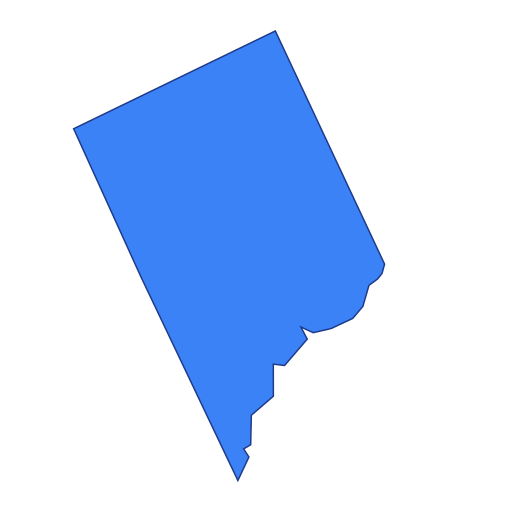 Benton, Minnesota, United States of America, rotated 245°
{"feature_id": "52423323B9993996344570", "entity_name": "Benton", "entity_type": "district", "adm_level": 2, "iso_a3": "USA", "parent_name": "United States of America", "parent_adm1": "Minnesota", "projection": "equal_earth", "projection_center": [-94.148, 45.692], "detail": "fine", "context": "isolated", "style": "filled", "palette": "blue", "viewbox_px": 512, "rotation_deg": 245, "n_neighbors": 0, "source": "geoboundaries", "source_scale": "gbopen_adm2", "svg_char_len": 443}
<svg xmlns="http://www.w3.org/2000/svg" viewBox="0 0 512 512"><g transform="rotate(245 256 256)"><path d="M448.4,144.5L286.0,142.9L60.2,144.7L76.8,164.6L86.4,163.3L87.2,171.4L113.7,184.5L121.6,212.5L150.7,226.0L144.7,235.6L159.0,267.3L172.7,266.7L162.3,275.5L158.5,293.6L158.6,317.4L165.2,331.6L181.7,346.0L183.8,356.5L186.9,362.8L194.3,369.1L288.5,368.9L451.8,368.6L448.4,144.5Z" fill="#3b82f6" stroke="#1e3a8a" stroke-width="1.5"/></g></svg>